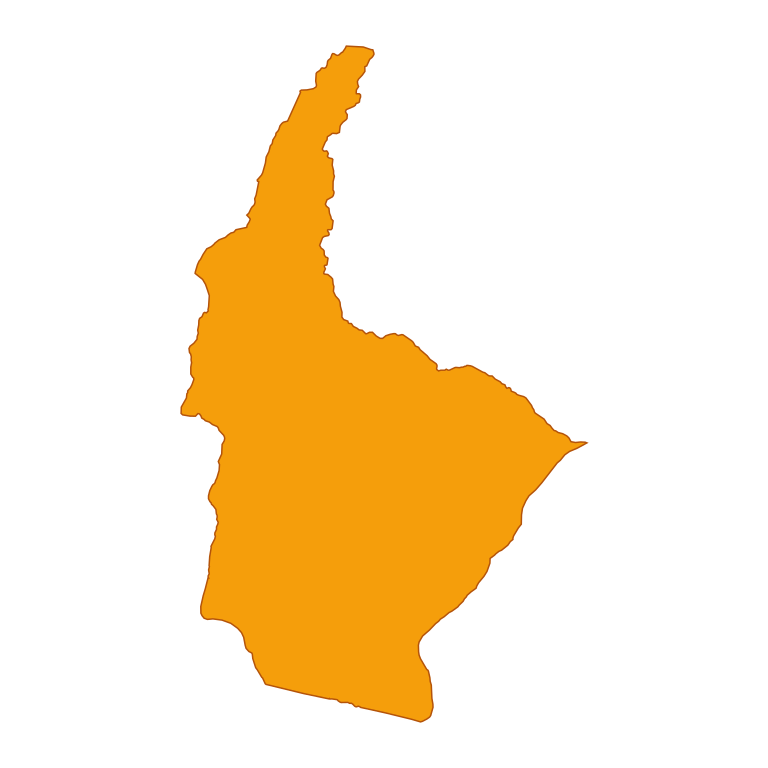 El Pan, Azuay, Ecuador (Mercator projection)
{"feature_id": "8360857B8773690858711", "entity_name": "El Pan", "entity_type": "district", "adm_level": 2, "iso_a3": "ECU", "parent_name": "Ecuador", "parent_adm1": "Azuay", "projection": "mercator", "projection_center": [-78.655, -2.839], "detail": "fine", "context": "isolated", "style": "filled", "palette": "amber", "viewbox_px": 768, "rotation_deg": 0, "n_neighbors": 0, "source": "geoboundaries", "source_scale": "gbopen_adm2", "svg_char_len": 6079}
<svg xmlns="http://www.w3.org/2000/svg" viewBox="0 0 768 768"><path d="M586.9,442.9L585.2,442.2L580.6,442.0L575.5,442.5L571.0,441.7L568.9,437.9L566.8,435.9L562.7,433.7L558.1,432.5L555.8,430.9L554.1,430.5L552.1,428.3L550.1,425.5L547.0,423.6L544.1,419.1L535.2,413.1L534.4,411.9L533.8,409.7L532.5,407.8L531.5,405.4L525.9,397.9L523.7,396.6L518.6,395.2L516.5,394.2L516.1,393.4L514.7,392.5L511.3,391.2L510.7,389.0L509.9,388.0L508.8,387.6L506.9,388.3L505.8,387.0L504.9,384.8L501.9,383.7L500.2,381.8L495.2,379.1L492.2,376.0L489.3,375.9L488.4,375.5L484.8,372.7L482.9,372.2L472.3,366.4L470.5,365.8L468.2,365.5L466.9,365.4L465.7,366.3L464.7,366.3L463.1,367.1L461.3,367.2L459.4,367.7L455.9,367.4L454.9,367.6L449.3,370.2L448.2,370.2L446.2,369.2L444.8,370.2L440.8,370.2L438.6,370.9L436.7,369.5L436.6,368.2L437.0,366.7L437.0,365.2L436.1,363.7L430.0,359.4L427.1,355.7L420.1,349.7L418.6,347.3L415.3,346.0L413.2,342.3L411.7,340.8L403.0,334.8L401.8,334.6L398.3,335.5L397.2,335.1L395.4,333.7L393.9,333.6L390.2,334.3L385.9,335.7L382.6,338.4L380.0,338.3L376.2,336.0L372.5,332.3L369.5,332.3L366.7,333.7L365.7,333.7L362.3,330.3L359.1,329.9L357.1,328.3L353.3,326.4L351.4,323.6L348.8,323.4L348.3,322.9L347.8,321.1L343.7,319.6L341.9,317.1L342.0,312.3L340.4,306.3L340.0,302.4L338.8,299.6L335.5,296.0L333.4,291.4L333.9,286.5L333.1,284.2L332.6,279.0L331.2,277.3L327.8,274.5L324.6,274.1L323.8,273.6L323.9,272.1L325.4,268.8L324.5,267.0L324.4,265.8L324.9,265.3L326.5,265.1L327.0,264.7L328.0,258.3L327.4,257.6L325.8,257.1L324.3,255.0L324.1,250.9L323.1,249.5L321.2,248.2L319.6,245.3L322.6,237.6L324.4,236.4L328.2,235.6L329.1,234.7L328.9,233.0L327.6,231.0L327.6,230.0L327.9,229.7L331.0,229.7L332.1,228.6L333.1,220.8L331.3,219.0L330.8,216.6L329.5,213.3L328.9,208.3L326.3,206.1L325.4,204.1L327.0,199.8L332.4,196.8L333.3,195.5L334.0,192.9L333.8,191.3L333.0,190.0L333.1,181.6L334.4,176.2L333.6,174.0L333.6,170.8L332.2,165.1L332.8,159.4L332.0,158.6L329.2,158.0L328.0,157.2L327.4,156.2L328.3,153.7L327.6,152.0L326.7,150.9L324.5,151.2L323.7,151.0L322.5,149.7L322.4,148.8L325.3,142.0L327.0,139.9L327.3,137.0L327.6,136.6L330.8,134.6L331.8,133.6L333.0,133.3L336.6,133.6L339.4,132.4L340.1,126.3L340.7,124.9L342.8,122.3L346.2,119.6L347.0,118.5L347.3,114.7L345.8,112.4L345.5,111.5L346.3,109.6L353.8,106.4L355.3,105.3L356.1,103.5L358.3,102.8L359.4,102.0L359.8,99.1L360.6,97.0L360.5,94.9L359.4,93.8L356.4,93.7L356.2,92.9L356.4,89.9L358.6,86.6L357.7,84.2L357.4,81.3L358.6,79.0L362.4,75.0L364.9,71.4L364.8,66.7L366.7,65.9L369.7,59.3L371.9,57.5L372.8,56.4L373.9,54.5L373.9,53.2L372.8,49.8L371.0,49.6L363.3,47.0L346.3,46.1L345.2,48.4L342.5,52.3L341.6,52.5L339.0,54.9L337.8,55.4L336.7,55.3L333.9,53.7L332.6,53.6L332.0,54.4L330.5,58.4L328.3,60.2L327.6,61.3L327.1,64.9L326.0,67.4L324.3,68.3L322.3,67.9L321.4,68.2L320.0,70.3L316.9,72.4L316.2,73.4L315.7,81.2L316.5,85.3L316.0,87.0L313.3,88.7L306.9,89.9L301.4,90.1L300.2,90.8L300.0,91.6L300.5,92.5L287.6,121.1L283.4,122.2L281.8,123.5L280.0,125.8L278.9,129.3L278.1,130.8L276.0,133.2L275.7,135.5L272.9,139.9L272.2,143.6L270.3,146.0L268.9,151.7L266.2,157.0L265.4,163.1L262.7,172.7L261.5,175.1L257.2,180.0L257.5,181.2L258.7,181.6L258.5,183.1L256.1,195.2L254.7,198.7L255.1,202.2L254.4,204.5L253.6,205.6L252.3,206.7L251.0,208.6L248.8,213.2L246.8,215.1L249.9,218.5L250.2,219.3L249.2,221.9L247.2,225.1L246.7,227.4L236.0,229.7L233.7,232.3L230.9,233.0L228.0,235.0L225.4,237.4L219.1,239.8L214.9,243.1L213.9,244.4L211.2,246.7L206.8,248.8L203.1,254.4L200.5,259.4L199.1,261.1L197.5,264.6L195.3,272.0L195.1,273.4L202.6,279.4L205.5,284.3L207.5,290.0L209.3,295.6L208.6,306.7L208.0,309.8L208.3,310.9L206.5,312.8L204.6,312.4L203.5,313.1L202.0,316.7L199.6,318.4L198.9,320.5L198.7,325.0L197.7,330.2L198.3,333.2L197.2,336.4L197.0,339.3L193.9,343.2L190.1,346.2L189.0,348.5L189.5,352.5L190.6,354.0L191.3,356.8L191.1,359.8L191.6,362.7L190.8,367.1L190.8,374.0L192.7,377.2L193.7,378.1L193.8,379.6L192.0,384.6L190.5,387.6L187.7,390.9L187.7,392.7L186.9,393.7L186.4,398.1L181.3,407.1L181.1,413.4L182.7,414.9L189.9,416.1L195.5,416.2L197.9,413.6L199.5,413.9L200.9,415.8L201.8,418.1L204.1,419.4L205.3,420.7L209.4,422.1L212.4,424.5L217.1,426.5L218.1,427.6L219.1,430.4L223.6,435.2L224.4,436.8L224.7,438.5L224.2,440.9L222.1,444.4L221.7,454.0L218.3,461.5L219.5,464.6L219.1,470.5L216.9,477.9L215.5,480.8L215.1,482.5L214.4,483.6L212.9,484.7L211.8,486.4L209.8,490.6L208.5,495.8L208.5,498.8L210.0,501.7L211.1,502.8L211.5,504.2L213.2,505.8L215.9,509.4L216.4,513.9L217.1,515.3L217.2,517.0L216.7,519.4L218.2,522.2L217.8,524.1L216.5,526.9L216.5,529.4L214.9,532.9L214.8,534.9L215.4,536.1L214.8,538.8L211.0,546.3L211.2,547.6L209.7,556.6L209.1,565.8L209.4,566.5L208.6,569.9L209.2,573.8L208.2,575.8L208.1,577.4L208.6,578.0L208.0,578.1L205.2,589.1L203.2,595.8L200.8,606.5L200.9,613.2L202.1,615.7L204.1,618.2L207.4,619.4L212.9,618.9L222.0,620.1L230.8,623.3L237.7,628.3L241.5,632.6L243.7,637.3L245.2,645.3L246.1,648.4L248.9,651.5L251.8,653.0L252.3,654.2L252.8,658.6L255.7,667.7L257.3,669.8L261.7,677.2L262.6,678.0L265.2,683.7L266.0,684.4L303.8,693.6L329.0,698.9L329.3,698.5L329.9,699.0L331.8,698.9L336.7,699.6L337.5,699.9L338.1,700.8L340.0,702.1L341.1,702.5L347.8,702.4L349.6,703.3L351.5,703.3L352.7,704.1L354.7,706.2L355.6,706.7L356.6,706.8L358.2,706.2L359.6,706.6L360.6,707.4L385.5,712.9L411.7,719.3L420.5,721.9L422.5,721.3L426.9,719.0L429.6,717.1L430.7,715.5L433.0,707.3L432.9,704.1L431.9,698.4L431.3,685.1L430.2,681.3L429.9,677.8L428.4,671.1L427.8,670.1L426.8,669.5L425.7,667.7L420.5,658.8L419.1,655.1L418.6,651.8L418.4,645.2L419.1,642.0L422.6,636.0L429.3,630.2L435.6,623.6L438.7,621.2L440.3,619.2L444.2,616.7L449.0,612.6L451.8,611.2L457.8,606.9L459.2,605.1L463.1,601.3L464.4,598.9L466.3,596.9L467.1,595.3L471.0,591.9L476.1,588.2L476.8,585.9L478.7,582.6L483.9,576.4L487.0,571.4L489.9,563.2L490.1,558.4L494.5,555.2L495.8,553.8L499.0,551.3L501.6,550.2L507.8,545.2L510.3,541.6L512.9,539.5L512.9,538.1L513.6,535.9L518.3,528.0L521.3,524.2L521.5,514.9L522.5,508.2L525.9,500.7L529.0,495.8L535.6,489.9L541.7,482.9L557.2,462.9L560.4,460.2L564.8,454.8L569.6,451.4L577.2,448.2L586.9,442.9Z" fill="#f59e0b" stroke="#b45309" stroke-width="1.5"/></svg>